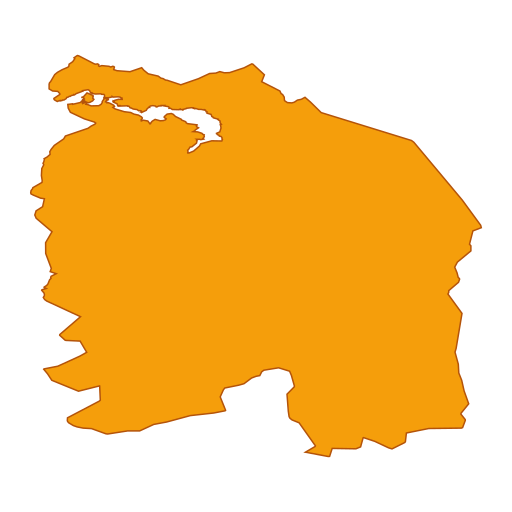 Beiarn nor, Nordland, Norway
{"feature_id": "86288312B82396448317791", "entity_name": "Beiarn nor", "entity_type": "district", "adm_level": 2, "iso_a3": "NOR", "parent_name": "Norway", "parent_adm1": "Nordland", "projection": "natural_earth1", "projection_center": [14.512, 66.892], "detail": "fine", "context": "isolated", "style": "filled", "palette": "amber", "viewbox_px": 512, "rotation_deg": 0, "n_neighbors": 0, "source": "geoboundaries", "source_scale": "gbopen_adm2", "svg_char_len": 5827}
<svg xmlns="http://www.w3.org/2000/svg" viewBox="0 0 512 512"><path d="M481.3,227.7L480.7,225.3L462.2,200.0L413.9,142.3L411.5,140.5L321.2,112.6L310.6,102.2L305.0,97.3L301.3,99.3L297.4,100.1L294.3,102.2L291.8,102.9L287.4,102.6L284.5,100.6L284.2,97.1L282.6,94.5L281.1,93.6L279.9,91.0L261.7,81.7L264.4,74.8L252.8,64.1L251.7,63.9L244.1,67.8L229.6,72.6L224.4,72.8L219.8,71.6L215.8,73.1L209.6,73.5L198.4,78.7L180.8,84.8L167.0,80.2L165.6,80.1L163.1,78.6L160.9,78.1L158.2,76.1L148.2,73.8L143.8,70.2L141.7,67.7L130.0,71.7L117.0,70.7L113.7,69.6L114.4,67.1L113.8,66.5L112.6,66.3L110.8,67.0L109.0,66.3L101.7,65.6L99.5,66.4L98.6,65.9L98.8,64.6L97.6,63.9L95.4,64.2L94.2,63.8L79.1,56.0L77.6,55.5L76.7,55.9L74.0,57.8L74.8,58.7L72.7,61.7L69.1,64.2L68.8,66.3L67.9,67.2L62.1,69.7L57.5,72.3L54.7,74.6L50.6,81.6L49.5,82.8L49.1,84.2L49.1,88.9L52.6,91.0L57.8,91.4L59.7,93.5L59.9,94.2L59.3,94.8L53.9,98.4L54.1,99.5L54.8,100.1L57.3,101.5L59.4,100.6L60.3,100.5L60.3,100.9L62.1,100.5L62.3,100.1L64.0,100.0L66.2,98.6L66.8,97.4L68.0,97.2L69.3,96.3L70.1,96.4L71.5,95.5L73.8,95.0L73.8,94.6L74.6,94.8L76.2,93.6L81.4,91.7L81.6,91.3L82.8,91.3L82.8,90.6L88.1,89.7L89.6,90.6L90.5,92.7L91.9,92.7L91.9,93.3L95.2,94.0L101.0,93.8L101.4,94.3L103.9,94.4L104.5,95.1L104.6,96.3L104.0,97.4L105.2,97.7L108.9,97.7L112.2,96.9L112.2,96.5L113.0,97.1L118.0,96.8L120.1,97.1L120.9,97.8L122.0,98.0L122.2,99.4L118.5,99.3L114.8,100.3L114.4,101.1L113.1,100.7L112.9,101.5L113.3,102.1L117.1,103.8L117.7,105.6L119.4,105.6L119.0,106.1L127.6,105.8L127.7,106.2L128.9,106.2L130.2,107.9L131.0,107.9L133.1,109.0L137.2,109.6L138.5,110.7L140.9,110.7L141.6,111.4L141.0,112.0L141.8,112.0L141.8,112.4L146.3,110.3L146.9,109.1L148.7,107.4L149.6,107.4L149.3,106.8L150.4,106.0L152.8,105.6L155.7,106.1L156.1,106.9L157.0,106.9L158.6,106.0L161.1,105.9L161.1,105.5L164.4,105.5L164.0,105.9L168.5,106.7L169.2,107.5L169.0,108.3L170.6,108.3L172.3,109.5L178.5,109.7L180.1,109.1L180.1,109.6L182.6,109.5L182.6,110.0L183.0,110.0L183.8,109.2L186.1,108.7L186.3,108.3L191.2,107.7L193.3,107.8L193.3,108.3L194.6,108.3L194.6,108.7L196.2,108.6L198.7,109.4L201.2,109.4L204.5,110.1L204.5,109.7L205.5,110.1L206.2,111.8L207.0,111.8L207.0,113.2L211.1,114.4L211.8,116.5L213.0,117.1L213.3,117.8L218.2,119.2L218.0,119.6L220.1,121.1L220.1,122.7L221.2,124.2L220.4,124.2L220.2,124.8L220.6,125.2L221.0,128.1L219.8,131.9L215.9,133.6L216.8,133.6L217.4,134.6L219.1,135.4L219.3,136.1L221.1,136.5L222.0,137.7L222.0,139.2L222.4,139.4L221.8,141.0L211.8,140.8L200.7,143.8L199.5,146.0L193.6,151.1L189.0,153.0L187.1,152.9L188.2,152.6L187.6,150.2L188.4,149.7L190.0,147.1L191.9,146.8L196.5,143.1L197.0,140.9L196.6,140.3L197.4,139.7L196.8,139.3L200.0,139.3L200.7,139.7L203.7,139.1L202.9,138.4L203.7,137.7L204.3,136.4L204.0,135.3L204.2,134.8L202.8,134.3L201.9,133.3L197.7,131.9L193.2,131.6L194.6,130.9L195.5,129.8L198.5,127.8L196.6,126.7L196.3,125.5L196.8,125.2L196.6,125.1L196.8,124.8L187.4,123.6L186.2,122.8L185.7,121.7L181.6,120.0L181.3,119.3L175.5,116.5L173.2,114.3L171.3,113.5L167.1,114.1L164.4,116.5L164.1,117.1L164.6,117.8L166.2,118.8L165.5,119.8L163.3,120.6L160.2,120.8L155.1,119.4L152.2,121.2L150.9,122.7L150.6,123.6L150.0,123.9L147.8,121.0L143.4,120.2L141.3,120.9L141.1,119.8L142.1,118.8L142.3,117.9L141.5,116.9L138.5,115.1L133.9,114.1L130.7,112.5L124.3,111.7L115.3,109.0L112.9,107.4L114.5,106.4L113.7,105.2L110.0,103.3L108.0,102.6L107.1,102.8L107.1,102.3L105.5,101.8L106.4,100.5L108.4,99.7L108.2,99.1L107.1,99.1L107.3,98.5L103.9,98.5L103.7,99.4L102.2,101.6L102.3,102.4L101.1,104.3L98.8,105.7L91.1,105.9L87.8,104.6L85.9,104.3L86.7,103.2L85.5,102.4L83.0,103.4L83.1,103.0L82.5,102.9L83.0,101.9L84.7,101.4L88.2,102.8L89.8,102.4L92.6,100.9L93.9,99.3L92.7,98.2L93.1,97.0L92.8,96.6L93.2,96.1L93.0,95.5L87.0,92.9L83.5,96.7L81.3,97.5L83.8,97.4L83.2,97.6L84.2,98.3L83.4,99.1L83.8,99.4L83.0,99.6L83.3,99.9L82.5,100.5L84.1,100.5L84.9,101.2L83.0,101.8L82.1,101.3L80.3,102.5L72.7,104.3L72.6,103.8L67.8,104.4L68.2,108.1L70.4,112.3L84.4,118.9L94.5,122.1L95.7,123.1L94.9,124.2L91.1,126.1L88.0,128.3L65.4,136.0L63.7,138.9L54.3,145.4L51.1,149.4L49.8,151.7L50.1,154.4L47.1,157.0L44.1,158.7L44.4,159.2L43.8,161.8L43.0,163.3L43.7,164.5L43.6,165.1L41.8,168.5L41.4,175.5L42.2,180.6L42.0,182.4L32.9,187.6L32.5,188.8L31.1,190.5L30.7,192.8L31.0,193.9L33.3,195.1L40.7,198.2L44.4,198.7L42.6,206.7L36.1,210.8L34.8,215.0L36.2,218.3L52.0,231.7L45.6,242.7L45.7,253.5L51.3,268.4L50.2,271.6L56.2,273.7L51.1,276.3L50.7,277.4L51.0,278.4L49.6,279.8L47.9,284.0L46.6,285.5L44.1,287.1L44.1,287.5L46.2,288.5L41.9,289.8L41.7,290.3L44.0,293.0L44.4,294.3L44.3,295.9L43.3,297.4L44.6,299.5L46.8,301.1L80.5,316.7L59.8,334.5L59.7,335.3L65.1,340.2L65.8,340.4L80.1,341.1L86.7,352.3L79.9,356.1L57.8,366.2L44.0,368.9L43.7,369.2L47.6,373.9L51.8,380.3L78.5,391.2L97.1,386.5L99.6,385.9L99.7,386.4L100.3,400.2L99.3,401.1L67.5,417.8L67.3,420.4L67.6,421.5L68.7,422.8L73.4,425.6L77.1,426.9L83.1,428.1L91.5,428.6L105.9,433.8L107.7,434.0L127.7,430.9L139.7,430.9L153.8,424.4L166.7,422.0L190.3,415.6L213.8,413.0L225.1,410.8L225.6,410.3L220.2,396.9L223.4,389.8L224.8,388.0L238.7,385.2L244.0,383.7L251.6,378.0L256.1,376.3L259.8,375.6L261.7,371.8L263.9,370.2L278.6,367.8L289.6,371.2L291.4,375.4L294.4,386.0L294.2,386.9L287.0,394.2L288.3,411.3L289.1,416.7L290.0,418.3L292.0,419.9L299.1,422.8L315.4,445.8L315.1,446.5L305.4,452.2L328.2,456.5L329.6,456.4L332.2,448.4L355.9,448.8L360.6,446.9L363.1,437.8L363.5,437.6L374.9,441.4L388.5,447.8L392.0,448.9L404.8,442.5L405.4,441.7L406.4,433.0L428.8,428.5L461.4,428.1L462.6,427.6L465.3,420.4L465.2,419.5L460.9,414.1L461.0,413.3L468.7,403.8L464.1,390.9L461.7,380.3L458.8,373.0L458.3,364.2L455.0,352.1L456.1,348.5L462.0,313.4L447.9,294.0L448.7,292.5L448.8,290.6L458.5,282.3L459.6,279.2L459.4,278.5L458.2,277.4L457.1,273.0L454.7,267.1L457.4,262.1L470.9,250.9L470.9,245.8L469.5,244.2L472.9,230.9L481.3,227.7Z" fill="#f59e0b" stroke="#b45309" stroke-width="1.5"/></svg>